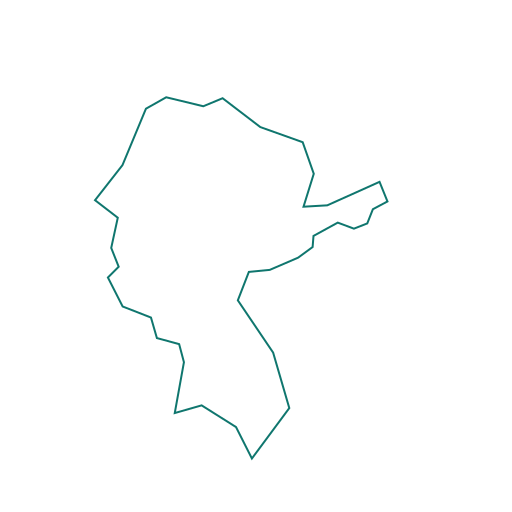 outline of Pogradec, Korçë, Albania, rotated 65°
{"feature_id": "67620474B77805918454880", "entity_name": "Pogradec", "entity_type": "district", "adm_level": 2, "iso_a3": "ALB", "parent_name": "Albania", "parent_adm1": "Korçë", "projection": "natural_earth1", "projection_center": [20.619, 40.937], "detail": "fine", "context": "isolated", "style": "outline", "palette": "teal", "viewbox_px": 512, "rotation_deg": 65, "n_neighbors": 0, "source": "geoboundaries", "source_scale": "gbopen_adm2", "svg_char_len": 628}
<svg xmlns="http://www.w3.org/2000/svg" viewBox="0 0 512 512"><g transform="rotate(65 256 256)"><path d="M74.2,270.3L76.0,293.5L117.2,338.6L137.4,378.3L162.9,365.1L187.5,383.8L207.7,385.0L212.9,399.3L245.4,398.2L267.4,377.2L288.5,380.5L303.4,362.9L321.8,366.2L364.0,396.0L368.4,368.4L402.6,346.4L437.8,345.3L407.9,290.1L350.8,281.3L288.5,291.2L267.4,269.2L274.4,249.4L275.3,218.5L271.8,200.9L262.1,195.4L260.3,167.8L272.6,155.7L273.5,141.4L263.0,130.3L262.1,113.8L241.0,112.7L240.2,170.0L231.4,192.1L205.9,168.9L172.6,165.6L141.0,197.6L98.9,219.6L98.0,240.5L74.2,270.3Z" fill="none" stroke="#0f766e" stroke-width="2"/></g></svg>